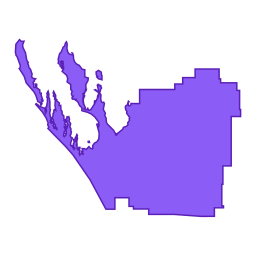 Shark Bay, Western Australia, Australia
{"feature_id": "25037944B60313460254351", "entity_name": "Shark Bay", "entity_type": "district", "adm_level": 2, "iso_a3": "AUS", "parent_name": "Australia", "parent_adm1": "Western Australia", "projection": "mercator", "projection_center": [113.623, -26.392], "detail": "fine", "context": "isolated", "style": "filled", "palette": "violet", "viewbox_px": 256, "rotation_deg": 0, "n_neighbors": 0, "source": "geoboundaries", "source_scale": "gbopen_adm2", "svg_char_len": 5518}
<svg xmlns="http://www.w3.org/2000/svg" viewBox="0 0 256 256"><path d="M131.0,103.5L131.0,104.7L129.9,105.7L128.5,105.6L128.1,103.2L129.0,101.7L128.4,101.2L127.3,104.9L125.6,106.0L125.3,107.1L125.6,109.4L126.8,111.4L126.7,113.4L129.7,117.5L129.1,118.8L129.6,120.2L127.7,122.8L128.0,124.6L126.5,126.3L123.4,127.4L122.6,129.4L116.7,134.1L117.2,134.2L116.5,135.0L115.6,134.9L115.3,133.5L115.5,134.2L115.4,133.4L116.1,133.7L114.8,132.6L113.6,130.3L107.3,124.0L106.4,122.1L106.1,118.1L104.7,115.6L105.4,113.3L103.3,109.4L104.4,103.5L103.7,102.2L102.4,102.6L101.2,101.5L100.7,98.3L101.0,94.9L99.7,93.1L100.5,89.6L101.5,88.1L100.8,85.7L99.4,85.8L98.1,84.3L97.3,85.2L99.0,92.5L98.5,96.3L98.9,95.5L94.9,103.1L94.7,101.0L95.6,100.7L94.6,100.9L94.3,104.3L90.7,109.7L88.4,110.3L87.6,107.6L87.5,108.8L86.6,109.7L85.4,109.7L84.7,108.7L83.2,109.0L85.1,108.5L85.4,107.8L83.0,102.4L82.8,98.8L83.4,95.7L82.9,94.0L85.9,91.0L86.3,89.6L85.5,89.9L86.0,87.3L85.7,84.8L88.0,80.5L88.3,78.0L84.8,76.9L84.8,69.7L82.2,69.3L79.3,65.4L76.5,64.0L74.8,62.1L73.6,59.1L73.3,54.5L73.1,55.1L72.6,53.1L72.2,53.0L72.7,53.9L72.0,54.6L70.6,54.5L68.8,53.6L67.7,51.8L66.9,48.5L67.2,44.2L66.5,41.8L65.5,42.8L64.6,46.1L63.2,47.1L61.1,52.1L59.6,53.6L58.2,59.2L58.5,61.9L58.1,63.1L59.6,64.4L61.9,68.4L62.9,69.0L62.7,67.8L61.6,67.0L62.5,66.4L62.4,65.7L62.1,65.4L62.2,65.9L61.7,66.3L61.2,66.2L62.0,65.8L62.1,64.6L60.9,62.9L61.8,62.0L60.7,61.6L61.9,61.0L63.1,61.6L62.9,62.2L62.4,61.8L62.0,62.2L63.0,62.7L63.2,63.7L62.3,63.2L62.1,64.0L63.7,66.9L62.6,67.3L63.7,68.8L62.1,71.3L66.7,75.4L67.7,78.5L67.1,81.9L70.7,84.5L70.8,89.6L72.1,91.1L71.4,94.0L72.5,96.6L73.0,96.5L71.9,98.0L72.5,99.1L76.0,99.4L75.5,100.2L77.6,101.5L79.7,105.7L81.8,107.7L81.9,110.7L87.6,112.3L91.4,114.1L94.8,116.9L98.6,122.1L99.0,125.6L98.0,127.9L97.7,127.6L99.2,133.2L98.8,138.9L97.1,141.7L94.5,143.1L92.7,145.5L92.8,148.2L92.3,148.9L90.5,148.3L88.9,146.6L86.2,149.5L84.1,148.5L82.6,148.9L81.8,148.0L82.6,149.7L81.7,151.5L82.1,152.1L82.7,151.0L82.9,151.6L81.9,152.6L83.3,153.9L82.8,154.2L82.5,153.3L81.2,153.5L79.8,155.1L79.2,153.1L79.9,152.2L79.5,151.1L80.0,150.8L79.2,149.4L79.9,148.4L79.4,147.9L79.8,147.4L78.9,147.3L77.9,149.7L77.2,148.9L77.0,145.5L76.4,145.0L77.1,144.3L76.7,142.0L77.5,138.4L77.1,136.9L77.4,135.3L76.9,134.5L75.8,137.1L76.1,139.2L75.8,140.1L76.5,140.5L76.1,141.9L75.6,141.4L75.7,140.0L76.0,139.2L75.4,137.1L75.1,139.5L73.6,139.3L74.1,142.4L73.3,144.0L73.2,146.4L74.8,148.4L74.1,149.2L73.9,148.0L72.8,147.8L71.8,145.7L70.6,145.3L70.7,142.7L72.2,138.6L72.1,137.7L71.0,137.5L70.1,135.1L70.9,134.4L71.4,131.6L70.9,131.1L70.9,128.7L69.8,126.6L70.7,123.9L69.1,121.1L69.5,119.0L68.8,116.7L68.2,117.2L66.5,116.5L67.1,117.2L66.7,118.9L65.0,119.7L66.1,121.0L66.9,120.8L66.6,122.2L68.0,124.7L67.0,128.1L66.1,129.3L66.3,132.3L65.5,133.5L66.1,133.5L65.8,135.1L64.4,136.6L63.5,135.9L64.3,131.4L65.7,130.4L64.2,126.8L65.2,126.3L65.7,128.4L66.1,124.9L64.5,124.2L65.4,122.2L64.0,120.7L63.8,115.9L62.2,114.2L62.0,111.1L61.0,110.2L60.7,105.5L60.1,105.9L59.0,105.3L59.4,103.1L56.6,100.7L56.9,99.9L55.6,98.6L55.7,95.6L53.7,91.4L53.1,92.9L54.0,94.9L53.3,96.0L54.9,97.3L54.5,99.1L55.7,100.5L55.2,101.2L55.0,105.6L55.7,110.3L54.7,109.5L53.8,110.1L53.9,112.7L53.1,113.4L52.9,116.4L51.3,118.7L52.9,118.8L54.3,124.3L55.3,124.6L55.3,127.0L56.0,127.2L56.7,128.0L56.9,129.2L56.8,130.2L56.4,127.6L56.2,128.6L55.4,127.2L55.1,128.3L54.1,128.3L53.8,127.2L54.2,126.8L53.1,125.8L53.8,124.0L53.0,121.7L51.5,123.3L50.5,122.3L50.9,121.5L50.3,120.6L51.1,119.8L49.7,113.1L50.4,109.5L49.9,108.5L49.9,101.9L49.4,98.4L48.7,97.5L48.9,94.2L48.1,91.2L46.8,93.6L47.4,94.3L46.8,97.1L47.4,97.9L47.4,101.8L46.6,106.4L45.8,107.3L46.5,111.1L45.5,113.1L44.8,108.2L39.2,106.5L38.9,105.6L36.2,103.6L35.7,104.3L42.6,112.3L46.2,118.1L48.1,122.8L47.7,124.9L48.9,127.2L47.9,128.4L65.8,146.7L72.9,154.8L90.1,179.8L105.9,209.2L114.9,209.2L114.9,197.7L129.0,197.7L129.0,206.4L133.4,206.4L133.5,209.0L148.7,209.0L148.7,214.4L174.2,214.4L201.9,216.4L214.4,216.3L214.4,207.8L223.5,207.8L223.5,205.9L221.8,205.9L221.8,184.3L222.9,184.3L222.9,165.9L231.2,165.9L231.2,116.5L240.6,116.5L240.6,109.5L239.6,109.5L239.6,90.4L236.8,90.4L236.8,82.8L220.6,82.8L220.6,78.9L219.1,78.9L219.1,69.0L195.1,69.0L195.1,77.6L182.7,77.6L182.7,84.0L174.8,84.0L174.8,89.5L139.6,89.5L139.6,103.6L131.0,103.5ZM22.6,44.9L24.0,41.2L21.4,41.4L19.5,39.6L15.9,44.2L15.4,52.0L16.0,55.2L17.1,56.7L20.3,65.5L20.1,67.8L19.2,68.5L24.1,76.2L26.3,83.0L33.9,91.8L35.8,95.1L37.8,101.5L40.2,102.7L40.9,105.4L42.0,103.6L41.5,101.8L42.7,101.2L41.9,99.9L42.8,100.0L41.2,95.3L41.2,93.2L40.4,93.4L39.8,92.6L39.8,90.0L36.6,87.7L36.7,84.2L35.2,84.0L35.8,86.7L35.2,87.4L34.0,87.5L33.1,82.2L34.5,81.0L34.2,80.1L35.6,78.8L32.6,78.1L31.6,76.9L32.1,74.1L30.5,69.3L28.8,67.3L28.6,65.3L27.6,63.4L28.3,62.7L26.8,60.3L25.5,52.9L22.9,47.3L22.6,44.9ZM101.8,76.1L101.4,74.6L101.4,72.9L101.1,72.0L98.5,70.4L96.1,71.9L96.3,74.8L98.0,77.2L96.9,76.6L96.7,76.9L98.5,78.8L102.0,79.8L101.9,74.8L101.8,76.1ZM88.3,142.4L89.5,142.5L89.2,141.2L88.1,141.5L88.3,142.4ZM98.6,92.6L98.5,93.8L98.8,92.8L97.6,91.3L96.7,91.1L96.5,90.3L95.7,90.4L95.5,89.7L94.8,89.9L98.6,92.6ZM97.8,95.9L98.4,94.4L97.7,95.9L97.3,97.7L98.3,96.3L97.8,95.9ZM96.7,124.0L97.5,126.9L97.3,123.4L96.9,124.4L96.7,124.0ZM51.6,121.0L51.4,119.7L50.9,120.3L51.6,121.0ZM83.4,98.8L84.7,95.8L84.4,95.3L84.4,96.4L83.4,98.8ZM83.2,98.9L83.3,101.6L83.4,100.5L83.2,98.9ZM83.3,101.8L83.5,103.4L83.7,103.2L83.3,101.8ZM99.2,85.0L100.4,85.5L99.6,85.0L99.2,85.0ZM84.2,93.5L84.5,93.4L84.5,92.6L84.2,93.5Z" fill="#8b5cf6" stroke="#5b21b6" stroke-width="1.5"/></svg>